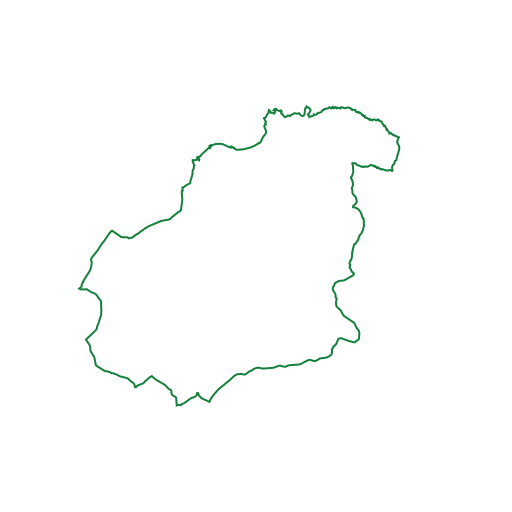 Gasabo, Kigali City, Rwanda (Mercator projection), rotated 126°
{"feature_id": "39286606B27612515465928", "entity_name": "Gasabo", "entity_type": "district", "adm_level": 2, "iso_a3": "RWA", "parent_name": "Rwanda", "parent_adm1": "Kigali City", "projection": "mercator", "projection_center": [30.108, -1.884], "detail": "fine", "context": "isolated", "style": "outline", "palette": "green", "viewbox_px": 512, "rotation_deg": 126, "n_neighbors": 0, "source": "geoboundaries", "source_scale": "gbopen_adm2", "svg_char_len": 6063}
<svg xmlns="http://www.w3.org/2000/svg" viewBox="0 0 512 512"><g transform="rotate(126 256 256)"><path d="M183.5,340.9L185.1,348.8L186.3,350.9L188.9,354.3L192.1,356.6L193.7,356.8L193.0,357.8L194.5,358.4L195.8,356.6L196.6,357.8L205.3,359.6L207.4,359.6L208.8,359.9L208.7,360.2L210.7,361.6L211.6,361.0L211.1,359.3L211.5,358.4L212.1,358.2L212.4,360.3L215.7,362.8L215.0,364.1L216.9,362.6L218.9,359.1L220.3,358.8L221.7,357.8L223.8,357.6L227.5,355.3L235.2,352.6L235.5,352.1L236.5,352.3L238.7,353.6L241.5,354.5L244.1,355.7L244.3,355.1L245.8,354.3L246.1,353.8L246.7,354.3L248.6,353.1L253.9,348.6L263.0,343.7L265.0,343.9L266.1,344.7L275.1,347.1L276.9,347.2L283.4,353.3L294.6,360.1L298.4,361.8L306.1,364.3L306.9,364.3L308.4,365.3L313.7,366.9L316.5,369.3L316.4,370.8L319.8,375.9L320.1,387.4L320.7,387.6L323.6,388.0L332.6,387.7L337.4,387.9L344.8,387.4L354.3,387.9L355.9,387.4L357.3,385.5L358.8,384.4L361.9,382.9L365.1,381.8L378.0,381.0L378.1,380.6L381.8,380.2L383.1,379.1L386.3,379.8L386.2,378.5L383.6,374.7L382.4,373.6L382.0,367.8L381.0,363.6L381.7,360.5L382.5,359.1L383.2,355.9L383.8,354.8L390.7,349.3L395.4,346.2L397.2,345.9L403.6,343.6L405.2,343.5L409.3,341.9L423.5,344.4L426.2,337.5L430.1,334.1L433.0,327.2L438.4,321.5L438.6,320.1L437.9,310.4L436.4,307.9L436.3,306.8L435.6,305.5L435.7,303.8L434.9,303.0L433.9,299.2L433.3,295.2L430.9,289.5L430.4,287.4L431.0,282.8L430.8,280.5L431.7,278.5L433.2,276.9L432.0,275.9L431.8,276.1L430.3,275.6L425.1,272.3L423.1,272.2L416.2,270.6L415.5,270.0L414.4,269.7L414.9,264.8L413.8,253.7L414.8,248.7L414.5,245.9L415.0,245.1L417.2,243.3L417.7,241.3L417.3,238.3L417.9,237.0L423.5,232.3L422.0,231.3L420.9,229.0L419.5,229.1L417.5,227.7L409.0,224.9L406.7,223.2L404.9,222.4L403.3,222.3L401.3,223.0L401.1,222.8L400.9,222.2L401.7,221.4L402.4,220.0L403.1,216.3L401.3,207.9L398.5,208.6L393.7,208.7L385.8,208.0L372.2,204.4L366.5,203.3L364.1,202.5L362.8,201.7L360.5,199.2L358.7,195.6L357.7,194.8L353.8,193.7L350.5,191.9L348.6,191.5L345.2,188.9L343.0,184.2L336.7,176.8L334.9,175.2L332.1,173.6L330.5,172.0L329.2,168.5L328.0,166.8L325.4,165.5L317.9,156.8L310.1,152.9L308.4,151.5L307.9,150.5L307.2,148.0L306.0,146.3L305.2,145.7L301.2,144.0L297.3,139.7L295.0,138.3L292.4,137.2L290.8,137.2L289.1,137.9L287.0,139.6L286.0,139.9L285.0,139.7L283.5,140.2L283.3,139.8L279.7,139.4L274.7,140.7L273.2,139.7L272.5,138.9L270.3,131.2L268.0,125.5L263.1,124.0L262.3,124.1L257.2,127.4L255.7,129.5L255.2,131.9L252.4,137.3L252.8,149.5L252.3,151.1L250.2,155.6L249.5,161.3L246.6,164.0L243.0,165.7L242.7,167.1L241.8,168.1L240.7,168.7L239.7,170.4L238.6,173.3L237.6,174.4L236.5,175.3L234.0,175.4L231.6,176.2L227.5,174.3L224.2,170.6L222.8,169.8L214.6,166.1L213.4,166.0L212.5,166.7L212.4,167.3L212.7,167.2L212.3,169.5L211.1,171.3L210.6,173.1L209.7,173.9L208.2,174.1L207.3,176.0L205.5,176.3L204.5,177.0L203.3,176.7L200.8,177.6L198.0,179.3L197.8,179.7L196.7,179.8L196.0,180.7L194.1,181.2L193.5,181.7L189.0,183.4L187.5,182.7L182.2,183.0L180.5,183.8L178.1,184.3L175.8,184.0L171.8,184.8L170.4,185.6L167.7,186.5L166.8,187.6L164.5,189.1L162.7,190.8L162.8,191.1L162.5,191.2L162.1,193.0L161.2,193.7L158.9,197.5L158.0,201.0L158.4,204.0L159.5,206.1L158.3,206.8L154.5,206.0L152.5,206.6L149.8,209.9L148.8,214.3L147.9,215.4L146.2,216.7L145.0,218.3L142.7,218.8L140.7,219.8L138.5,222.2L137.2,224.8L136.4,225.5L134.7,225.3L130.9,226.6L125.9,230.8L124.5,232.6L123.8,232.3L123.7,231.6L122.5,230.1L123.0,227.3L122.3,226.0L121.9,223.4L121.3,222.9L121.3,222.3L120.9,222.3L120.5,221.0L119.9,220.4L119.5,220.5L118.6,219.2L118.5,218.5L116.8,217.4L114.7,216.6L114.2,214.1L113.8,213.1L113.4,213.2L113.4,212.3L113.8,211.9L113.3,211.4L113.1,210.6L113.2,210.2L113.6,210.5L113.7,210.2L112.8,209.5L113.2,209.1L112.7,208.6L113.0,207.9L112.5,207.4L112.5,205.7L111.7,205.4L110.2,200.8L109.7,200.5L109.2,199.2L108.4,198.9L107.3,197.5L107.3,196.0L106.7,195.7L104.0,198.3L101.3,198.7L100.1,198.3L97.4,199.5L96.0,198.8L95.4,199.0L92.5,200.3L85.8,202.7L84.2,203.7L82.8,205.2L81.9,207.4L80.4,209.1L76.0,210.2L76.7,212.0L76.5,213.1L77.6,215.8L77.2,216.0L77.5,217.7L77.3,219.0L77.8,219.3L77.7,220.0L78.4,220.2L77.9,220.7L77.0,223.6L77.2,224.4L76.4,224.5L76.3,225.8L76.0,226.0L75.4,227.5L75.4,228.6L74.9,228.5L74.9,228.9L75.5,229.1L74.7,230.5L74.8,231.2L74.2,232.5L73.5,233.2L73.4,233.8L74.2,235.2L73.7,236.9L74.4,237.3L74.1,237.8L75.4,238.1L76.3,241.1L77.6,242.0L77.9,241.8L78.2,243.0L78.9,243.7L78.4,244.4L79.0,244.7L78.7,245.3L79.1,245.9L79.1,247.2L79.9,249.3L78.8,250.0L79.4,251.1L79.0,251.1L79.0,252.4L79.6,253.2L79.0,254.2L78.9,256.3L79.9,257.1L79.3,257.8L80.6,259.7L80.6,260.1L79.5,261.2L80.7,263.6L81.4,263.8L81.4,264.5L80.8,265.3L80.9,266.5L81.4,266.8L81.4,268.5L81.8,269.0L84.0,270.6L84.6,272.5L84.9,272.6L85.2,273.7L86.0,274.2L86.0,274.8L87.1,274.7L88.2,277.4L88.9,277.5L88.7,278.1L89.4,278.7L89.2,279.1L89.9,279.6L89.6,279.9L90.5,280.4L90.4,280.9L90.9,280.7L90.9,281.3L91.3,281.0L91.5,281.4L91.2,281.6L92.3,281.9L92.2,282.6L92.5,283.2L92.5,284.0L94.3,284.6L96.3,286.5L97.0,286.6L97.1,287.2L97.9,287.2L99.3,288.0L99.7,287.7L101.4,287.9L104.6,290.3L105.9,290.2L107.2,291.4L107.4,292.4L107.9,292.1L109.8,292.6L110.4,293.4L112.2,294.5L111.4,295.4L111.5,296.1L110.8,297.3L109.1,296.9L105.9,297.5L105.1,299.4L105.3,303.0L106.0,302.8L106.4,302.4L107.7,303.0L112.6,300.2L114.2,299.9L115.1,300.3L115.6,301.0L115.8,302.6L115.2,305.2L116.9,306.5L117.8,308.8L119.4,309.3L120.8,310.4L122.7,310.7L123.1,311.1L123.0,311.8L123.5,312.8L124.9,313.1L126.7,314.1L126.1,317.7L125.5,318.3L125.9,319.3L125.3,319.9L124.0,320.2L123.5,321.2L123.6,321.5L124.7,321.9L124.9,322.4L125.8,325.2L125.2,325.9L125.7,327.1L127.7,327.4L127.4,326.4L127.8,325.7L129.2,324.9L130.1,325.0L130.5,327.1L131.5,328.5L131.0,328.9L131.1,329.9L130.5,330.0L130.4,331.3L133.1,330.1L135.4,330.2L137.4,329.7L138.6,329.8L139.8,330.6L141.7,326.7L142.8,326.7L143.7,325.4L144.2,326.1L146.2,325.6L149.6,320.5L151.4,320.1L156.0,320.3L158.0,319.7L159.5,319.7L160.5,319.3L162.2,319.4L162.9,320.2L163.2,320.1L168.1,322.2L172.1,324.7L177.3,329.1L181.4,333.9L181.8,337.3L181.4,337.5L182.0,340.1L182.5,339.5L183.5,340.9Z" fill="none" stroke="#15803d" stroke-width="2"/></g></svg>